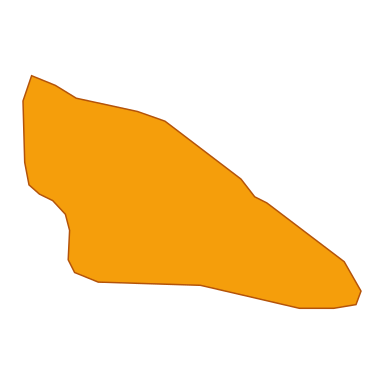 an SVG outline of Moûhîlî
{"feature_id": "COM-4934", "entity_name": "Moûhîlî", "entity_type": "state/province", "adm_level": 1, "iso_a3": "COM", "parent_name": "Comoros", "parent_adm1": "", "projection": "natural_earth1", "projection_center": [43.722, -12.305], "detail": "fine", "context": "isolated", "style": "filled", "palette": "amber", "viewbox_px": 384, "rotation_deg": 0, "n_neighbors": 0, "source": "natural_earth", "source_scale": "10m", "svg_char_len": 416}
<svg xmlns="http://www.w3.org/2000/svg" viewBox="0 0 384 384"><path d="M254.7,196.8L266.8,202.9L344.2,261.7L361.0,291.1L356.0,304.6L333.8,308.3L299.4,308.3L200.4,285.3L98.2,282.1L74.6,272.5L68.2,259.8L69.6,230.4L65.4,214.3L52.7,200.6L39.4,194.1L29.0,184.9L24.7,162.3L23.0,101.0L31.6,75.7L55.4,85.4L76.2,98.2L137.5,111.5L165.0,121.2L241.0,179.1L254.7,196.8Z" fill="#f59e0b" stroke="#b45309" stroke-width="1.5"/></svg>